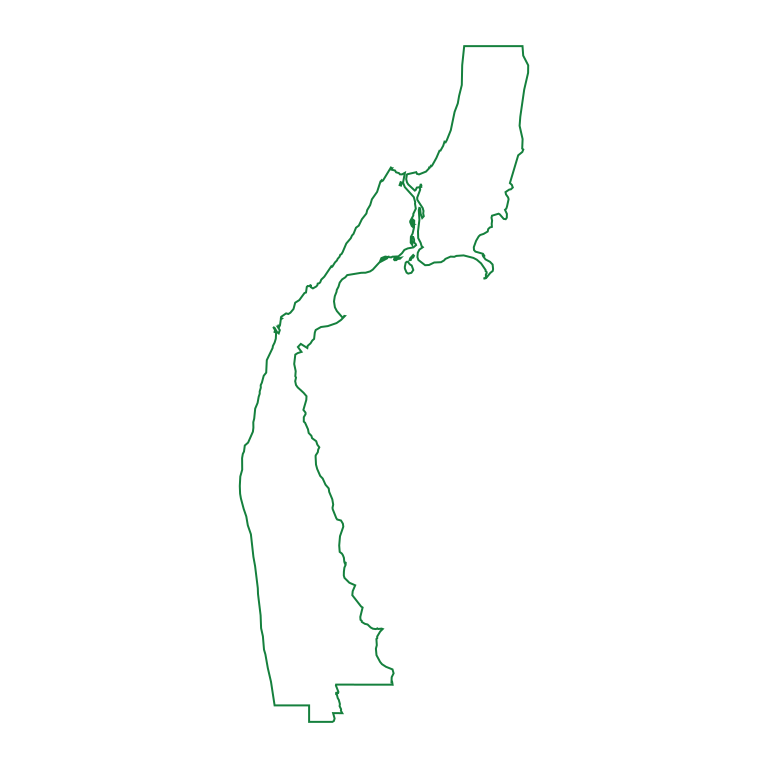 Mandurah, Western Australia, Australia (Natural Earth projection)
{"feature_id": "25037944B7523913669113", "entity_name": "Mandurah", "entity_type": "district", "adm_level": 2, "iso_a3": "AUS", "parent_name": "Australia", "parent_adm1": "Western Australia", "projection": "natural_earth1", "projection_center": [115.702, -32.629], "detail": "fine", "context": "isolated", "style": "outline", "palette": "green", "viewbox_px": 768, "rotation_deg": 0, "n_neighbors": 0, "source": "geoboundaries", "source_scale": "gbopen_adm2", "svg_char_len": 6121}
<svg xmlns="http://www.w3.org/2000/svg" viewBox="0 0 768 768"><path d="M392.6,684.7L392.1,681.8L391.5,682.0L391.7,677.2L393.6,673.3L392.5,669.4L386.0,666.8L382.0,664.2L380.1,661.9L376.5,655.2L375.9,648.7L376.8,645.2L376.4,639.0L377.2,638.3L377.2,636.5L380.2,631.5L382.7,629.0L381.6,628.6L378.1,629.0L377.4,628.4L375.9,629.1L372.9,628.7L370.7,627.5L367.6,624.5L364.8,623.8L361.8,621.9L361.7,620.8L360.5,619.8L360.3,616.9L362.6,607.5L361.1,606.5L352.3,595.2L352.7,591.2L355.2,585.3L349.3,582.7L344.5,577.9L343.8,575.5L343.9,571.7L344.4,567.6L345.6,564.9L345.7,562.7L345.1,562.4L345.2,564.4L344.3,561.8L343.9,557.8L342.9,555.2L341.9,553.6L339.7,551.9L339.2,545.5L340.0,536.2L343.3,526.7L342.9,523.7L341.0,520.5L337.2,519.5L336.3,518.2L332.7,509.2L332.5,507.8L333.2,504.6L332.3,499.3L329.2,491.9L328.7,488.4L325.5,484.7L322.7,478.5L320.2,475.9L317.2,469.0L316.0,464.6L315.6,456.6L315.7,455.4L317.8,452.2L318.2,449.6L319.3,447.3L317.3,444.6L316.2,441.2L312.1,438.2L311.4,435.8L308.7,433.0L308.0,429.3L305.1,422.8L303.8,421.6L303.8,417.2L305.6,414.0L305.5,412.6L303.4,409.9L306.3,399.9L306.5,396.2L303.6,392.8L297.7,387.4L296.0,385.0L295.2,381.2L296.0,377.6L295.3,376.2L295.7,371.2L294.2,364.0L295.3,354.6L297.7,353.1L301.5,351.9L297.9,347.0L300.8,343.9L307.3,348.0L307.7,345.8L310.5,343.4L312.3,340.5L314.1,338.9L314.8,332.6L315.7,330.0L321.0,327.0L327.8,326.1L336.5,323.1L341.1,319.9L344.9,316.0L344.3,315.9L343.3,317.3L342.2,317.2L336.9,311.1L334.9,307.3L334.0,301.4L334.8,296.2L336.5,291.9L336.8,289.9L338.5,286.7L339.7,282.6L342.1,279.4L345.3,277.3L347.2,275.1L361.2,272.8L365.6,272.7L370.1,271.4L372.8,269.6L379.3,262.5L387.2,258.3L387.6,257.2L383.2,259.3L382.0,258.9L380.9,260.8L380.2,261.0L381.4,258.1L385.2,256.6L391.2,257.4L392.4,256.7L398.4,256.4L402.0,253.2L404.4,249.9L407.8,248.4L413.4,247.4L416.1,245.1L415.5,243.7L414.1,242.7L414.1,239.6L413.2,237.0L412.7,237.0L412.9,237.7L411.7,239.6L412.3,242.0L412.2,244.8L410.7,242.7L410.9,236.8L412.6,233.6L414.0,227.5L414.2,220.6L413.1,219.7L412.0,222.2L412.7,224.6L413.6,224.7L412.9,225.1L413.2,225.6L412.6,226.1L412.7,226.8L411.8,226.0L410.2,222.2L410.2,221.2L413.3,215.5L413.3,213.9L415.8,208.7L415.0,203.6L415.2,202.2L413.8,197.1L404.8,187.1L403.1,182.8L401.5,183.8L401.0,185.6L399.6,185.1L400.6,182.2L402.0,182.7L403.1,182.3L404.9,172.8L402.0,174.4L399.9,174.3L398.9,173.1L396.1,172.3L395.0,170.5L391.3,169.6L392.0,168.5L391.3,168.6L391.6,167.9L390.9,167.5L383.0,180.5L381.8,181.2L381.5,180.4L380.5,181.4L377.1,191.9L371.9,199.3L370.2,205.0L367.2,210.1L366.4,213.5L361.9,219.2L358.8,225.6L356.0,227.7L353.5,233.9L352.0,235.5L350.8,238.2L346.3,243.5L342.6,252.2L341.4,254.2L340.3,254.7L339.5,256.8L337.7,258.8L336.9,260.5L335.0,262.4L332.5,266.4L331.9,266.9L331.3,266.3L324.3,276.7L321.3,279.6L320.2,282.3L319.3,283.2L317.7,283.6L317.4,285.1L316.4,286.4L312.9,288.4L310.9,287.2L311.0,285.6L310.4,285.2L309.1,286.2L307.7,286.0L306.8,286.9L306.0,292.5L304.5,293.0L299.3,300.1L295.2,302.7L293.5,309.0L290.4,312.7L288.3,314.0L286.1,313.4L281.2,316.8L280.9,318.0L282.0,318.5L280.8,319.4L280.0,325.2L279.4,325.9L277.5,325.2L279.4,326.4L278.8,327.6L278.0,327.3L279.8,330.1L278.7,333.4L276.9,331.9L274.6,327.9L273.2,327.0L275.1,330.1L274.3,332.8L275.0,331.6L276.1,333.1L275.8,338.7L274.6,342.6L272.9,346.0L272.6,348.0L266.8,360.1L266.2,372.6L263.7,375.8L261.9,382.6L260.7,385.2L260.8,387.7L259.7,391.4L259.7,393.8L258.7,396.7L257.6,402.9L255.2,408.6L254.2,418.6L253.3,422.2L253.4,427.7L252.9,431.7L248.1,442.6L244.8,445.5L244.0,451.5L242.8,454.0L242.1,458.1L242.2,469.7L240.3,476.5L239.8,486.0L240.1,493.7L240.9,498.4L243.7,508.9L246.3,516.5L247.8,525.3L250.9,534.3L253.4,556.8L255.1,566.2L257.8,588.2L258.0,593.9L260.6,615.3L261.1,628.2L262.9,636.3L264.0,649.6L265.4,654.4L267.8,668.0L271.0,681.8L274.6,705.4L309.1,705.4L309.1,721.9L332.4,721.9L333.9,720.9L334.6,718.5L333.1,713.1L342.3,713.2L340.9,710.7L341.1,709.3L339.6,706.1L339.9,704.0L338.8,699.9L337.7,698.0L337.0,695.1L336.1,694.1L336.2,692.8L336.7,692.7L337.0,693.5L338.1,693.1L338.4,691.9L335.9,685.5L336.1,684.6L392.6,684.7ZM464.2,46.1L462.2,65.2L461.8,85.0L459.1,95.9L457.8,103.4L454.6,111.9L450.8,130.2L446.8,140.2L445.6,142.3L444.5,141.7L443.2,145.8L440.5,150.6L439.5,150.7L436.4,157.9L432.5,164.9L431.5,166.2L430.9,165.8L429.6,167.8L429.1,167.7L429.1,168.3L426.0,171.6L419.0,174.4L416.9,173.8L416.4,172.3L417.1,172.0L407.0,174.3L407.0,173.8L406.2,179.1L407.0,182.4L408.2,184.4L414.8,190.6L415.6,190.1L416.8,187.6L419.9,187.1L420.6,184.7L421.1,184.7L421.4,185.8L420.9,186.4L421.2,187.0L419.7,187.7L420.2,189.7L417.2,197.6L417.3,199.8L422.7,208.1L423.5,210.9L423.2,213.6L423.8,216.2L422.2,218.0L420.6,213.7L420.2,209.1L419.8,208.0L419.3,207.9L418.8,210.2L419.4,219.8L418.0,231.4L418.2,238.1L420.6,242.7L421.6,246.1L422.8,247.2L419.4,249.6L417.8,252.7L417.4,257.1L418.4,260.0L425.1,265.2L429.0,265.0L434.2,262.5L441.0,262.2L444.1,260.4L445.4,258.9L450.6,256.6L454.3,256.8L456.4,255.9L463.6,255.4L473.4,257.9L476.8,259.7L481.1,263.4L485.6,270.0L485.6,271.1L486.6,272.0L486.7,273.0L485.9,274.4L485.9,277.7L483.5,278.5L484.7,278.5L486.1,278.1L490.3,272.9L492.7,271.0L493.1,269.1L492.6,264.5L490.0,261.8L485.5,259.4L483.2,256.4L482.5,254.6L484.8,256.6L483.0,253.8L475.4,251.6L474.0,250.0L473.8,247.2L476.1,240.8L478.7,236.4L480.2,235.0L483.6,233.9L487.7,231.5L488.2,229.1L489.8,227.5L491.9,226.9L491.7,223.8L492.1,220.6L491.5,217.7L492.0,215.7L498.6,213.7L499.8,214.4L503.7,218.9L505.7,219.2L506.8,217.7L506.9,213.9L505.0,209.8L506.3,208.6L507.0,206.5L508.6,199.2L508.1,197.4L506.0,194.4L505.5,192.1L509.2,189.6L510.9,189.3L512.8,187.5L511.8,184.8L509.9,183.1L518.2,155.3L522.3,152.0L523.3,149.5L522.2,148.6L522.6,139.1L519.6,125.8L520.3,116.7L524.2,89.6L528.1,72.8L528.2,65.3L523.2,55.6L522.5,46.1L464.2,46.1ZM404.9,268.6L406.6,272.6L408.2,273.6L411.4,272.8L413.3,270.0L411.7,265.5L409.9,264.4L407.8,261.8L406.7,261.8L405.7,262.7L404.8,267.0L404.9,268.6ZM414.0,255.8L413.2,255.0L410.2,258.2L409.6,260.2L410.8,260.0L411.6,258.1L413.1,257.5L414.0,255.8ZM394.0,259.5L394.6,260.2L396.3,260.1L397.5,259.0L400.0,258.7L400.9,257.8L398.5,258.3L394.5,258.2L394.0,259.5Z" fill="none" stroke="#15803d" stroke-width="2"/></svg>